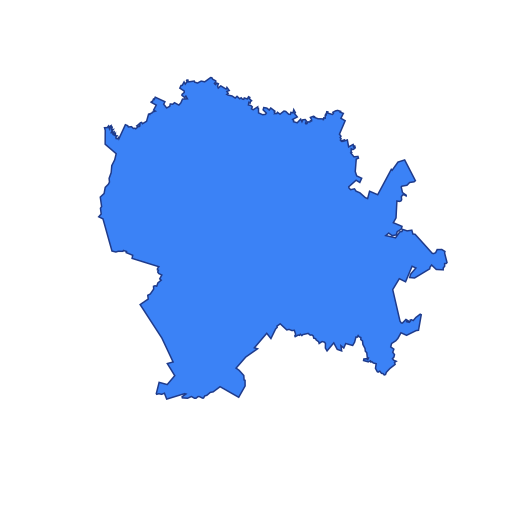 the district of Macuspana, Tabasco, Mexico, rotated 108°
{"feature_id": "50627088B6911600135809", "entity_name": "Macuspana", "entity_type": "district", "adm_level": 2, "iso_a3": "MEX", "parent_name": "Mexico", "parent_adm1": "Tabasco", "projection": "mercator", "projection_center": [-92.511, 17.856], "detail": "fine", "context": "isolated", "style": "filled", "palette": "blue", "viewbox_px": 512, "rotation_deg": 108, "n_neighbors": 0, "source": "geoboundaries", "source_scale": "gbopen_adm2", "svg_char_len": 6104}
<svg xmlns="http://www.w3.org/2000/svg" viewBox="0 0 512 512"><g transform="rotate(108 256 256)"><path d="M412.7,282.8L413.7,282.2L412.4,277.1L409.6,274.0L410.3,270.5L409.8,269.1L407.6,267.7L407.2,266.4L407.7,263.0L407.3,262.0L404.9,261.5L403.7,259.7L399.8,257.3L398.5,254.8L391.4,249.8L395.7,228.8L383.0,226.2L377.6,228.0L377.6,229.0L373.4,230.7L369.9,236.8L368.8,240.3L355.2,234.5L343.8,225.9L343.8,229.2L326.2,221.9L329.9,216.3L319.3,214.8L317.3,213.8L316.2,214.4L313.0,212.0L316.8,203.9L315.6,201.9L315.8,198.7L314.8,196.6L318.2,194.1L320.0,194.4L320.6,193.8L318.1,191.4L318.0,190.1L316.7,189.7L317.5,187.8L316.3,187.2L313.5,182.5L314.5,180.0L313.8,178.5L314.4,176.8L316.3,175.7L316.2,173.8L317.2,172.9L318.2,169.9L319.7,168.9L316.9,166.7L316.8,164.2L317.8,162.9L322.1,161.6L324.3,159.1L314.6,155.2L319.7,149.9L319.8,145.2L315.1,147.5L316.4,144.1L311.5,143.6L311.2,136.4L307.5,135.6L302.2,135.9L302.0,134.7L300.1,134.3L301.0,133.0L301.1,131.1L303.1,130.5L303.8,128.5L307.1,127.0L310.3,123.7L312.8,122.6L313.7,120.8L318.1,118.8L318.2,117.5L320.0,117.7L319.5,119.1L320.6,121.6L322.2,121.4L322.0,116.5L320.4,114.8L321.4,113.9L320.7,113.2L321.5,111.4L321.3,108.4L325.9,107.7L328.5,105.0L328.7,104.0L327.3,102.7L328.8,100.4L328.6,98.8L329.5,97.3L328.7,96.2L326.3,96.1L321.6,93.9L316.1,90.2L314.4,91.4L312.8,90.1L312.6,92.8L311.5,94.5L309.6,93.6L307.0,93.8L305.3,96.2L302.0,96.1L300.8,99.8L297.3,100.0L293.5,96.9L290.6,95.6L284.2,94.4L284.9,88.3L277.5,80.7L276.4,78.5L260.8,80.7L260.6,81.9L265.1,85.0L268.8,86.5L268.6,88.6L269.3,89.5L270.2,89.0L271.7,89.7L272.0,93.1L270.8,90.6L270.0,93.8L274.5,96.0L274.8,97.1L273.5,98.9L245.7,115.6L233.3,112.7L234.3,105.8L217.5,104.4L218.0,100.2L225.4,103.3L229.0,103.2L227.9,98.4L214.5,86.8L213.0,87.1L210.3,86.2L213.1,80.4L211.3,73.7L209.5,74.2L207.4,73.4L204.9,74.3L204.3,72.8L203.2,72.3L194.8,77.6L193.3,77.7L192.4,81.3L193.9,85.7L197.4,86.2L198.8,87.8L199.0,89.2L186.2,111.4L186.6,113.6L183.3,115.8L185.4,120.0L185.4,124.6L187.6,124.8L188.7,126.7L195.6,128.9L196.5,138.9L193.2,136.9L194.5,132.9L192.7,129.2L189.2,129.2L185.4,126.1L182.7,126.3L181.9,135.7L176.5,134.6L160.2,139.0L159.7,136.2L158.7,135.1L157.4,134.9L154.7,136.1L152.6,135.4L152.0,133.8L152.5,131.8L151.8,131.9L150.4,136.3L145.5,139.2L144.5,138.8L142.1,134.3L138.6,132.6L136.6,128.6L135.1,127.7L118.7,144.3L122.8,150.0L132.4,153.0L131.8,154.1L160.1,159.2L159.3,168.0L166.9,167.6L166.7,170.1L163.8,176.7L163.4,180.9L161.7,183.1L163.7,186.5L162.5,188.7L161.5,189.2L153.0,184.2L154.0,180.0L149.4,179.5L148.7,185.0L145.0,187.7L132.9,190.6L131.3,188.8L129.8,189.8L131.4,193.5L128.7,197.7L127.9,197.0L127.4,197.8L124.6,198.5L124.9,196.8L124.2,196.1L122.9,195.3L122.3,196.5L121.9,195.4L120.9,196.1L121.5,196.8L119.9,198.1L123.6,201.6L117.4,205.0L119.4,207.7L118.3,207.9L119.6,209.7L120.3,209.2L120.6,210.1L119.7,211.6L118.2,211.3L117.4,212.6L115.8,212.2L114.4,214.3L99.8,213.0L98.8,217.8L93.4,217.0L93.2,220.4L92.3,220.2L92.3,223.4L93.4,225.2L95.6,227.3L96.5,226.4L97.8,227.1L97.9,231.9L96.7,232.2L96.9,233.3L100.1,232.9L99.9,233.6L100.9,233.6L103.5,232.8L103.6,234.2L106.1,233.9L104.9,234.7L106.3,239.3L106.1,243.7L105.4,243.5L105.3,244.5L107.4,247.1L109.3,245.1L110.4,244.9L110.6,246.1L111.9,246.2L112.4,248.2L114.4,248.5L114.9,249.3L114.4,250.0L112.0,249.8L111.0,251.4L112.0,253.6L114.1,253.8L112.0,255.8L116.6,258.0L116.7,261.8L115.5,262.1L114.8,263.4L111.0,259.7L108.4,263.7L107.5,262.9L105.2,265.3L107.5,265.1L108.5,265.5L108.6,267.2L110.7,267.0L111.1,268.7L109.3,272.4L109.5,274.2L113.7,277.0L112.7,280.0L114.1,280.3L114.8,282.2L114.3,282.0L113.4,283.2L112.4,282.8L110.7,287.7L113.1,288.5L112.0,291.4L112.4,294.5L114.8,294.4L116.9,290.3L118.4,290.8L119.6,293.4L119.1,297.8L114.8,299.3L114.7,300.2L113.7,300.5L117.8,303.9L117.4,305.8L115.3,305.6L114.5,307.3L114.7,309.9L112.1,310.3L112.4,308.9L110.8,309.0L109.7,308.2L108.4,311.0L107.1,310.9L106.8,312.3L109.3,312.8L109.3,316.0L110.8,316.1L111.0,317.4L110.1,319.0L111.5,320.1L110.0,323.4L112.2,324.6L111.2,328.3L111.6,332.2L111.3,333.7L110.0,332.7L108.5,334.6L106.9,332.6L104.7,335.7L106.1,335.7L106.4,336.4L105.1,342.1L107.9,343.8L106.3,345.1L103.8,345.0L103.7,346.6L105.5,347.6L104.7,348.9L102.9,348.0L101.9,348.4L101.2,351.9L100.1,353.1L100.3,354.3L106.2,358.6L106.6,362.2L109.6,365.1L109.6,368.1L108.7,368.8L111.4,374.3L109.7,375.1L110.0,376.1L110.7,376.2L111.1,375.3L114.4,376.4L112.7,378.2L116.5,378.9L117.0,380.0L119.9,380.3L121.3,375.2L122.7,374.8L125.1,376.3L126.1,376.1L127.4,372.6L125.6,372.1L127.7,369.8L129.5,374.4L133.6,374.8L136.3,376.0L135.4,380.9L137.4,382.1L137.9,384.5L140.3,384.3L142.8,386.7L140.2,390.7L137.4,390.3L136.1,400.9L138.6,401.2L138.4,402.0L141.6,402.3L141.5,403.2L142.2,403.3L143.3,397.5L148.9,398.5L149.3,396.5L151.2,399.0L152.2,399.2L153.6,401.0L154.2,400.8L154.3,402.0L161.7,401.7L165.2,404.8L164.3,406.1L164.9,407.0L167.8,408.7L167.0,407.0L168.4,406.7L169.1,407.2L169.3,409.3L170.2,408.5L172.2,409.7L171.9,410.7L172.6,412.1L171.5,414.4L172.7,417.3L171.7,418.3L171.5,420.8L186.8,422.6L185.8,423.3L187.3,423.9L187.5,425.3L186.6,425.9L184.7,425.3L185.1,426.9L183.2,427.5L184.8,427.9L184.6,429.5L184.1,429.7L183.9,428.6L181.7,429.3L183.3,430.7L183.5,431.8L182.4,431.7L182.1,430.9L181.8,431.5L179.9,430.9L181.1,433.0L180.5,432.2L179.6,433.1L178.6,432.3L177.6,433.0L178.2,433.9L176.8,434.1L177.8,435.1L180.1,434.9L178.0,436.5L179.8,437.1L180.8,439.7L183.1,438.2L196.3,434.0L201.9,420.6L208.2,420.1L214.6,421.1L221.5,419.5L227.5,419.7L231.0,418.2L233.4,418.6L237.3,420.6L243.5,419.8L248.1,422.3L256.7,418.1L258.6,418.7L263.9,416.2L267.3,417.7L268.0,413.0L295.8,394.5L295.5,390.5L294.1,388.5L292.7,384.0L291.7,383.8L291.7,380.5L292.9,380.5L293.4,373.5L296.6,373.1L296.2,345.1L298.4,345.8L299.6,345.5L299.7,344.4L301.6,344.5L302.7,343.1L303.2,339.7L307.5,340.5L308.3,338.7L311.9,341.0L315.4,341.1L315.5,342.8L316.5,344.1L319.1,343.1L324.8,344.8L326.8,346.8L330.2,345.2L338.0,351.2L363.1,320.2L382.4,302.1L385.7,307.1L394.9,296.3L405.7,300.7L406.1,309.1L417.7,308.3L418.2,307.7L417.0,305.8L416.7,303.0L414.8,300.7L419.7,296.7L408.9,281.3L408.9,280.0L412.7,282.8Z" fill="#3b82f6" stroke="#1e3a8a" stroke-width="1.5"/></g></svg>